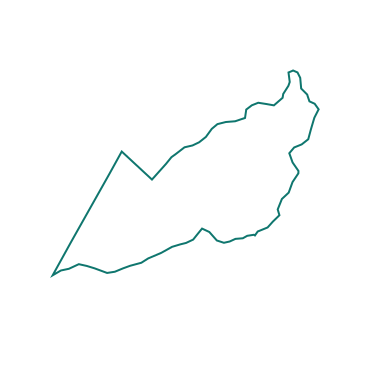 Mathikoloni, Limassol, Cyprus (Albers equal-area conic projection), rotated 227°
{"feature_id": "46923920B8484805668127", "entity_name": "Mathikoloni", "entity_type": "district", "adm_level": 2, "iso_a3": "CYP", "parent_name": "Cyprus", "parent_adm1": "Limassol", "projection": "albers", "projection_center": [33.058, 34.784], "detail": "fine", "context": "isolated", "style": "outline", "palette": "teal", "viewbox_px": 384, "rotation_deg": 227, "n_neighbors": 0, "source": "geoboundaries", "source_scale": "gbopen_adm2", "svg_char_len": 1150}
<svg xmlns="http://www.w3.org/2000/svg" viewBox="0 0 384 384"><g transform="rotate(227 192 192)"><path d="M226.1,33.3L224.0,42.6L219.8,49.6L216.4,60.0L209.7,64.6L202.6,68.7L190.7,74.7L186.3,81.2L183.1,89.7L180.2,96.5L174.8,106.7L173.3,114.7L168.5,127.9L165.5,140.0L161.7,147.7L158.8,152.9L156.4,160.4L157.4,167.2L158.4,174.4L150.9,177.4L139.6,177.1L133.1,180.7L130.1,185.8L128.1,191.8L123.5,197.6L122.3,202.5L118.5,208.1L117.3,208.4L118.3,213.1L114.5,223.1L115.2,230.9L115.4,240.1L120.8,242.8L125.6,253.0L125.6,262.3L130.7,272.3L133.1,282.5L134.8,284.2L145.0,285.7L154.0,289.6L154.9,297.1L152.0,304.7L151.3,313.0L156.6,321.5L161.1,329.1L162.9,332.2L166.1,341.0L172.9,341.9L178.2,339.7L183.3,342.0L184.7,342.7L193.2,342.4L201.7,349.0L207.5,350.7L211.9,348.8L211.9,348.7L213.6,344.1L205.8,338.5L203.9,334.9L201.5,325.6L199.1,322.5L199.5,311.0L205.6,306.4L212.1,301.3L214.6,294.9L215.3,287.9L210.0,281.3L214.3,271.8L220.1,264.5L224.3,256.9L224.7,249.6L222.8,239.7L223.5,231.1L225.7,224.1L229.8,217.0L230.8,206.3L231.5,200.7L230.3,192.2L228.4,171.2L269.5,168.2L261.7,144.3L237.8,69.1L226.1,33.3Z" fill="none" stroke="#0f766e" stroke-width="2"/></g></svg>